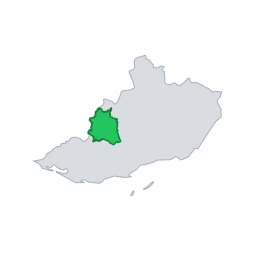 location of Catacamas, Olancho, Honduras, rotated 166°
{"feature_id": "27666195B98073695243909", "entity_name": "Catacamas", "entity_type": "district", "adm_level": 2, "iso_a3": "HND", "parent_name": "Honduras", "parent_adm1": "Olancho", "projection": "natural_earth1", "projection_center": [-85.508, 14.563], "detail": "fine", "context": "in_parent", "style": "filled", "palette": "green", "viewbox_px": 256, "rotation_deg": 166, "n_neighbors": 0, "source": "geoboundaries", "source_scale": "gbopen_adm2", "svg_char_len": 7560}
<svg xmlns="http://www.w3.org/2000/svg" viewBox="0 0 256 256"><g transform="rotate(166 128 128)"><path d="M227.5,118.8L219.3,118.2L215.4,119.4L213.7,122.0L212.2,123.1L211.0,122.9L208.5,123.9L204.8,126.2L201.4,127.1L198.4,126.5L197.5,127.1L197.3,127.9L196.9,128.6L195.7,129.0L194.4,128.8L192.9,128.0L192.1,128.3L192.0,129.8L191.2,130.2L189.6,129.5L187.9,130.1L186.0,131.9L183.3,132.3L179.8,131.2L177.1,129.3L175.2,126.4L172.9,125.6L168.9,127.8L167.3,130.3L166.9,131.9L167.3,133.2L166.6,134.2L164.7,134.6L163.3,136.3L162.3,139.3L162.1,141.6L162.7,143.2L161.8,144.4L159.3,145.1L156.5,147.7L153.2,152.0L149.9,155.0L146.6,156.7L145.0,158.6L145.1,160.7L144.9,161.4L144.3,161.6L143.2,161.9L136.9,157.4L135.1,154.2L133.5,154.7L131.5,156.3L128.7,159.9L125.7,164.7L124.3,165.3L116.8,164.5L112.8,165.0L112.0,165.6L111.6,167.4L111.8,169.8L112.9,178.4L113.5,181.9L112.9,183.0L110.9,183.1L108.3,183.6L106.8,185.3L106.5,186.9L106.4,189.2L105.5,191.6L103.9,193.4L102.3,194.0L93.4,194.4L93.5,190.5L90.9,188.9L89.5,185.6L88.2,183.3L88.6,182.0L88.5,180.4L84.9,179.2L81.5,180.1L79.5,179.5L78.1,178.7L80.5,176.7L80.7,175.5L79.9,174.6L79.1,174.1L79.4,171.9L79.9,169.2L81.3,163.1L80.8,162.1L78.5,160.2L75.6,160.0L72.4,160.6L70.9,159.7L69.6,157.6L67.3,156.6L63.3,158.2L59.0,160.8L57.7,161.7L56.6,161.6L56.2,159.7L56.0,157.4L55.7,156.9L53.4,156.1L50.8,155.5L49.4,154.9L48.2,153.4L45.0,151.4L44.3,149.9L40.1,146.6L39.2,144.9L38.3,143.7L36.2,142.2L34.6,142.5L29.3,140.6L28.5,140.4L29.2,138.8L30.9,136.2L34.6,133.3L34.9,130.9L34.0,126.4L33.0,123.5L33.6,122.2L34.7,117.0L35.6,115.8L41.0,113.1L41.5,112.8L45.7,109.1L50.4,104.9L55.2,100.4L60.7,95.3L63.7,92.4L65.0,91.1L68.1,92.1L70.6,89.7L72.0,88.9L75.3,86.1L76.4,85.4L81.9,84.3L84.6,84.3L86.9,87.2L88.8,88.8L92.3,87.4L95.2,87.1L107.4,89.8L112.2,88.6L121.0,88.4L125.0,89.0L130.6,85.2L134.2,84.4L138.5,82.6L137.9,80.8L136.9,80.0L143.3,80.8L152.9,84.7L163.2,84.0L166.9,81.9L169.3,81.3L179.8,85.3L182.5,88.3L184.7,88.6L186.4,87.9L186.8,87.3L184.7,86.6L183.8,85.7L192.1,87.6L207.7,102.1L208.0,103.3L201.3,99.0L197.8,99.3L196.9,100.0L197.1,102.3L197.4,103.4L198.9,103.5L200.1,102.9L202.8,103.7L204.6,105.2L206.8,107.6L208.2,110.2L209.6,110.3L211.0,108.7L213.6,108.5L215.4,110.2L216.6,110.1L214.9,107.4L210.9,104.8L211.8,104.6L220.7,109.5L223.2,115.5L225.3,116.9L227.5,118.8ZM123.0,66.7L117.8,69.6L116.2,69.5L118.6,67.3L122.4,65.3L125.6,64.4L128.2,64.8L123.0,66.7ZM140.6,63.5L138.1,65.7L137.7,64.7L138.8,62.7L140.3,61.6L141.7,61.7L141.4,62.6L140.6,63.5Z" fill="#d9dde1" stroke="#a8b0b8" stroke-width="1"/><path d="M150.2,153.7L150.3,153.8L150.6,153.7L150.6,153.8L150.5,154.0L150.4,154.1L150.6,154.2L151.3,154.4L151.5,154.3L151.8,154.3L151.9,154.2L151.7,153.9L151.8,153.8L152.1,153.9L152.2,153.7L152.1,153.2L152.2,152.9L152.4,152.8L152.5,153.2L152.6,153.3L152.7,153.1L152.6,152.9L152.9,152.8L153.0,152.9L153.1,153.0L153.1,152.6L153.4,152.6L153.5,152.6L153.6,152.2L153.8,152.1L153.8,151.9L154.0,151.8L154.1,152.1L154.6,152.1L154.7,151.8L154.8,151.7L155.0,151.8L155.2,151.5L155.5,151.5L155.5,151.1L155.8,150.9L155.6,150.6L155.7,150.3L155.7,150.0L155.9,149.8L156.0,149.6L156.2,149.4L156.4,149.3L156.4,149.2L156.2,148.8L156.3,148.7L156.5,148.7L156.4,148.3L156.4,148.0L156.2,147.9L156.3,147.7L156.6,147.7L156.7,147.8L156.6,148.1L156.8,148.1L157.0,147.9L157.0,147.6L157.0,147.4L157.4,147.4L157.5,147.3L157.5,146.9L157.8,146.8L157.9,146.7L158.5,146.5L158.8,146.7L159.2,146.7L159.3,146.3L159.8,146.4L160.1,146.4L160.3,146.4L160.8,146.6L161.0,146.6L161.4,146.5L161.8,146.6L162.0,146.4L162.4,146.8L162.7,146.4L162.8,145.9L163.0,145.7L163.4,145.3L163.4,145.1L163.5,144.9L163.5,144.7L163.2,144.5L162.9,144.4L162.7,144.3L162.6,143.6L162.4,143.8L162.3,143.7L162.2,143.2L162.2,142.9L162.1,142.7L162.2,142.4L161.8,142.2L161.5,142.3L161.4,142.0L161.4,141.9L161.9,141.6L162.0,141.2L162.0,140.8L162.3,140.8L162.4,140.5L162.4,140.2L162.7,140.0L162.7,139.8L162.5,139.3L162.7,138.9L162.5,138.6L162.9,138.2L163.1,138.3L163.2,138.0L163.5,138.0L163.7,137.8L163.7,137.2L164.0,136.6L164.0,136.3L163.7,135.7L163.9,135.4L163.9,135.0L163.8,134.9L163.7,134.9L163.6,134.6L163.8,134.4L164.1,134.5L164.4,134.2L164.5,134.1L164.6,134.3L164.9,134.5L165.0,134.9L165.1,135.1L165.4,135.3L165.7,135.4L166.1,135.1L166.3,135.1L166.6,134.8L167.1,134.5L167.8,133.2L167.7,133.2L167.2,133.3L167.1,133.2L167.4,132.8L167.6,132.6L167.7,132.3L167.7,132.2L167.5,131.9L167.3,131.8L166.8,131.6L163.3,127.5L163.5,127.4L163.7,127.2L163.9,127.2L164.0,127.1L164.0,126.9L163.9,126.7L163.7,126.7L163.9,126.1L164.0,125.9L164.0,125.7L164.2,125.4L164.2,124.9L164.2,124.6L164.3,124.4L164.6,124.4L164.8,124.2L165.0,124.1L165.1,123.9L165.1,123.7L165.0,123.8L164.7,123.7L164.6,123.8L164.4,123.8L164.3,123.7L164.1,123.5L164.1,123.3L163.7,123.4L163.4,123.5L163.3,123.8L163.2,123.9L163.2,123.5L163.1,123.4L162.9,123.4L162.7,123.5L162.7,123.8L162.7,124.2L162.6,124.3L162.8,124.5L162.7,124.6L162.3,124.7L162.2,124.3L162.0,124.2L162.0,124.3L161.9,124.2L161.8,124.3L161.8,124.2L161.7,124.0L161.7,123.8L161.3,123.7L161.1,123.5L160.9,123.4L160.9,123.1L160.7,123.2L160.5,123.3L160.4,123.2L160.2,123.2L160.0,122.9L159.8,122.8L159.8,122.7L159.6,122.7L159.4,122.4L159.0,122.5L158.7,122.2L158.4,122.5L158.1,122.7L157.8,122.9L157.7,122.8L157.4,122.8L157.3,122.7L157.2,122.8L156.9,122.7L156.9,122.8L156.7,123.2L156.6,123.3L156.4,123.4L156.4,123.5L156.5,123.6L156.4,123.7L156.2,123.7L155.9,123.4L155.5,123.3L155.5,123.5L155.4,123.6L155.2,123.5L154.7,123.4L149.8,119.6L149.6,119.4L149.0,117.6L148.7,117.5L146.1,115.4L145.1,115.6L142.9,117.3L142.6,117.3L142.4,117.2L141.3,116.4L138.5,116.7L138.3,117.3L139.1,121.4L138.9,121.5L139.3,127.5L139.2,127.8L138.9,127.8L138.8,128.0L138.5,128.1L138.6,128.3L138.6,128.5L138.8,128.7L138.8,128.8L138.9,129.0L139.0,129.3L138.9,129.4L138.9,129.8L139.0,130.1L138.8,130.3L138.7,130.7L138.2,131.4L137.6,132.5L137.7,134.4L137.3,134.9L136.9,135.2L136.8,135.5L136.7,135.5L136.6,135.9L136.7,136.2L136.9,136.4L137.3,136.3L137.6,136.6L137.5,136.9L137.4,137.3L137.3,137.5L137.2,137.5L137.0,137.8L137.1,138.0L136.8,138.3L136.7,138.7L136.4,138.9L136.3,139.1L136.5,139.2L136.6,139.5L137.0,139.6L137.7,139.3L137.8,139.5L138.0,140.0L138.2,140.3L138.4,140.4L138.5,140.6L139.2,140.7L139.5,140.8L139.8,140.8L140.0,140.9L140.1,141.0L140.4,141.2L140.4,141.4L140.8,141.8L140.9,142.2L140.9,142.4L141.3,142.5L141.6,142.5L141.9,142.5L142.3,142.9L142.6,143.5L142.7,143.8L142.3,144.3L142.2,144.3L142.1,144.5L142.0,144.8L142.0,145.1L142.0,145.3L141.9,145.4L142.2,145.8L142.0,146.2L142.1,146.3L142.2,146.7L142.1,146.8L142.2,147.2L142.0,147.6L141.9,147.8L141.7,147.9L141.6,148.1L141.3,148.1L141.2,148.4L140.9,148.6L140.7,148.7L140.5,148.8L140.3,148.9L140.2,149.2L140.2,149.3L139.8,149.8L139.7,150.1L139.4,150.8L139.4,151.0L139.4,151.4L139.6,151.4L139.9,151.3L140.0,151.3L140.3,151.0L140.5,150.6L140.4,150.4L140.3,150.2L140.5,150.0L140.6,149.8L141.2,149.6L141.3,149.5L141.3,149.3L141.4,149.2L141.5,149.3L141.6,149.1L141.9,149.1L142.0,149.2L142.0,149.3L142.3,149.6L142.4,149.8L142.5,150.0L142.9,150.1L143.5,150.0L143.6,149.4L143.8,149.2L143.8,148.7L144.1,148.6L144.3,148.7L144.3,148.9L144.3,149.0L144.6,149.1L144.8,149.2L145.0,149.1L145.3,149.0L145.6,149.0L145.8,149.3L145.9,149.2L146.2,149.3L146.4,149.2L146.7,149.5L146.9,149.5L147.1,149.6L147.3,149.5L147.2,149.3L147.2,149.2L147.4,149.0L147.4,148.9L147.5,148.9L147.6,149.1L147.9,149.5L148.0,149.8L148.4,149.9L148.6,150.1L148.7,150.5L148.8,150.6L148.9,150.9L149.0,151.1L149.0,151.5L148.9,151.6L148.9,151.8L148.9,152.0L148.9,152.4L148.9,152.5L149.0,152.7L149.4,152.9L149.6,153.0L149.9,153.0L150.2,153.4L150.2,153.7Z" fill="#22c55e" stroke="#15803d" stroke-width="1.5"/></g></svg>